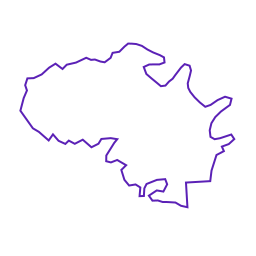 Ametista do Sul, Rio Grande do Sul, Brazil (orthographic projection), rotated 175°
{"feature_id": "56859067B61027900204882", "entity_name": "Ametista do Sul", "entity_type": "district", "adm_level": 2, "iso_a3": "BRA", "parent_name": "Brazil", "parent_adm1": "Rio Grande do Sul", "projection": "orthographic", "projection_center": [-53.201, -27.36], "detail": "fine", "context": "isolated", "style": "outline", "palette": "violet", "viewbox_px": 256, "rotation_deg": 175, "n_neighbors": 0, "source": "geoboundaries", "source_scale": "gbopen_adm2", "svg_char_len": 1498}
<svg xmlns="http://www.w3.org/2000/svg" viewBox="0 0 256 256"><g transform="rotate(175 128 128)"><path d="M110.0,53.5L104.6,53.2L100.0,51.3L95.1,50.8L87.2,49.6L82.0,45.9L75.7,43.9L75.0,68.6L50.7,67.9L48.5,78.3L42.2,93.4L34.5,96.6L36.1,101.3L29.0,103.2L23.1,107.7L25.7,112.5L37.2,109.8L42.7,109.3L46.6,112.0L46.8,118.6L44.5,125.5L40.1,131.3L34.0,136.3L28.4,139.7L24.4,142.1L22.3,148.2L28.6,150.7L36.3,148.0L43.7,143.8L49.2,142.4L54.2,147.2L59.0,152.8L62.8,158.5L64.5,162.7L64.6,167.3L62.0,174.4L60.2,179.8L61.2,184.7L66.0,186.7L69.9,183.6L76.3,176.6L79.2,173.2L83.1,170.7L87.0,167.0L91.6,166.8L95.1,170.3L100.1,175.2L105.0,180.2L107.0,187.4L101.4,189.4L96.4,189.1L91.3,188.6L85.9,190.1L86.0,195.2L89.9,197.8L96.4,201.1L101.8,204.5L107.0,208.6L112.4,210.9L116.4,211.6L120.5,212.1L124.4,209.4L130.0,204.7L136.8,204.2L139.2,199.4L145.5,195.5L149.6,196.6L155.0,199.1L158.9,199.1L163.5,201.6L174.1,197.7L183.5,196.4L188.1,192.5L194.6,198.4L201.3,195.0L209.3,188.9L217.6,185.9L223.9,186.2L226.7,179.6L225.4,174.2L229.3,166.9L233.7,154.6L222.8,136.0L217.1,131.9L208.1,122.5L203.3,128.2L198.3,121.3L191.8,117.6L188.1,120.6L182.4,116.9L174.1,120.3L166.1,112.0L158.8,114.9L155.5,119.4L146.1,119.4L139.7,117.8L143.0,114.4L152.0,102.5L152.6,96.8L148.0,95.2L141.6,97.1L133.1,91.1L138.3,86.8L136.1,76.7L131.9,70.6L125.4,71.1L120.9,67.7L122.4,59.1L118.1,58.9L117.0,66.4L114.4,70.6L103.7,73.8L95.4,73.8L93.9,68.5L98.3,61.6L104.8,63.3L113.1,58.8L110.0,53.5Z" fill="none" stroke="#5b21b6" stroke-width="2"/></g></svg>